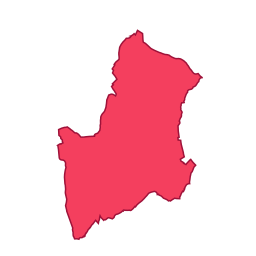 the district of Zau De Campie, Mures, Romania, rotated 251°
{"feature_id": "2599482B76504610301788", "entity_name": "Zau De Campie", "entity_type": "district", "adm_level": 2, "iso_a3": "ROU", "parent_name": "Romania", "parent_adm1": "Mures", "projection": "robinson", "projection_center": [24.155, 46.61], "detail": "fine", "context": "isolated", "style": "filled", "palette": "rose", "viewbox_px": 256, "rotation_deg": 251, "n_neighbors": 0, "source": "geoboundaries", "source_scale": "gbopen_adm2", "svg_char_len": 5729}
<svg xmlns="http://www.w3.org/2000/svg" viewBox="0 0 256 256"><g transform="rotate(251 128 128)"><path d="M151.2,214.9L151.6,214.5L153.7,213.1L156.2,212.2L156.6,212.1L156.7,211.7L156.8,210.4L156.9,209.8L157.0,209.5L157.4,208.9L157.8,208.4L158.1,208.1L158.6,207.8L160.3,207.1L161.4,206.9L162.7,206.4L164.0,205.8L167.1,205.2L168.4,204.7L169.6,204.4L170.3,204.3L171.4,203.7L173.1,202.8L174.3,201.9L175.9,200.5L176.4,199.9L177.2,198.4L177.7,196.7L178.0,195.9L178.5,195.1L179.0,194.5L180.4,193.0L181.2,192.2L182.9,190.9L183.2,190.8L183.5,190.5L184.2,189.5L184.6,188.9L185.5,186.9L187.1,184.8L188.2,183.6L189.3,182.1L192.7,178.4L195.0,176.2L196.0,175.4L199.1,173.8L202.2,172.1L203.6,170.9L203.9,170.6L204.5,170.4L206.8,170.9L210.6,172.0L212.6,172.5L217.2,168.8L213.6,165.3L215.2,164.5L214.9,164.0L214.6,163.2L214.1,161.2L214.1,160.6L213.9,160.9L212.9,159.4L212.8,158.9L212.8,158.1L212.9,157.0L213.4,155.6L213.1,155.2L212.5,154.3L211.6,152.6L211.1,151.5L209.3,148.8L207.7,147.1L207.0,146.4L206.4,146.1L203.1,144.4L202.2,143.9L200.5,143.3L197.6,142.6L196.1,142.0L195.8,141.8L195.6,141.4L194.4,138.2L194.0,137.5L193.2,136.4L192.6,135.6L191.9,136.0L190.0,133.7L189.5,132.9L189.1,132.4L188.8,132.3L187.9,132.7L187.3,133.1L187.1,133.0L185.9,132.0L185.1,131.3L183.9,131.7L182.5,132.2L180.8,132.8L177.7,133.4L174.8,127.6L173.6,128.2L172.7,126.0L169.7,126.5L168.6,126.8L168.3,127.0L167.6,127.2L166.3,127.4L164.5,127.9L164.0,127.9L163.2,127.4L162.4,126.7L164.4,125.1L165.2,123.9L165.3,123.6L165.5,122.9L165.5,122.4L165.4,121.2L165.5,120.7L164.6,119.8L162.5,118.1L161.7,117.3L161.2,117.0L158.3,115.7L154.8,113.9L154.1,113.4L152.9,112.4L151.8,111.6L151.0,110.6L149.7,108.3L148.7,107.1L147.6,106.1L146.9,105.7L146.0,105.4L145.2,105.0L144.2,104.5L140.5,103.3L140.4,103.1L139.7,102.6L137.1,101.8L136.2,101.2L135.2,100.8L134.7,100.3L134.4,99.9L133.8,98.9L133.2,98.1L132.9,97.6L133.0,97.4L132.9,97.1L133.0,96.3L132.9,95.6L132.9,95.1L132.7,94.7L132.6,94.4L132.1,93.9L132.2,94.3L131.1,93.7L132.5,89.0L133.3,85.8L133.8,83.3L134.7,80.5L135.7,80.1L136.5,79.8L137.1,79.5L137.6,79.4L138.1,79.2L140.0,77.8L140.5,76.5L140.9,76.0L142.4,75.2L143.6,74.5L145.4,73.2L146.2,72.8L148.8,70.9L148.8,69.8L149.3,67.9L149.3,67.2L149.4,65.1L149.1,61.9L146.0,61.0L143.5,60.3L142.6,60.9L141.9,61.2L141.6,61.4L141.2,61.4L140.3,61.1L139.9,61.1L139.4,61.3L138.8,61.7L138.0,62.0L136.9,61.6L136.2,61.6L135.1,61.6L135.1,61.2L134.7,59.5L134.9,59.5L134.9,59.1L135.1,58.7L135.0,58.0L134.5,55.9L134.4,56.0L130.4,55.3L122.2,53.3L121.3,53.3L120.9,53.4L120.1,53.9L119.6,54.5L118.7,56.3L118.1,56.9L117.8,57.1L117.2,57.4L115.8,57.6L115.1,57.5L114.7,57.4L113.0,56.7L112.5,56.6L111.0,56.6L110.9,56.5L108.9,55.2L107.3,54.3L104.8,53.0L102.1,51.9L95.6,50.2L94.7,50.2L91.2,49.3L90.2,49.0L87.8,47.9L86.9,47.6L85.6,47.4L80.7,46.9L80.2,46.7L77.9,45.6L74.9,43.7L70.7,43.3L69.6,43.1L69.2,43.0L51.6,43.2L51.0,43.0L50.2,42.5L48.5,42.2L47.5,42.2L45.4,41.5L43.8,41.1L41.9,41.4L40.6,41.4L39.8,43.8L39.6,44.1L38.8,45.4L39.5,46.0L39.8,46.5L39.8,47.6L39.4,48.5L39.3,49.0L39.5,49.5L39.9,50.1L40.1,50.4L40.1,50.7L39.5,50.7L39.5,51.1L39.8,51.2L39.8,51.6L40.2,51.6L40.1,52.3L40.7,52.3L42.1,53.7L41.9,53.8L42.7,54.9L43.6,56.0L45.0,57.4L45.1,57.6L45.2,58.1L46.0,59.1L45.8,59.2L46.3,60.0L47.5,61.4L48.3,62.5L48.8,63.7L51.3,67.3L47.5,68.9L49.6,70.1L49.9,70.4L50.6,71.1L53.1,72.3L54.1,73.0L52.8,73.2L52.0,73.4L48.8,74.9L49.0,75.1L49.0,75.5L48.6,76.4L48.6,76.7L48.6,77.1L49.2,78.7L49.5,79.4L49.5,80.1L49.5,80.4L49.2,81.0L48.7,81.6L47.7,83.0L47.2,83.6L47.7,85.1L48.0,85.7L48.5,86.1L49.3,86.7L49.7,87.3L50.2,88.7L50.0,90.2L50.1,91.3L50.4,93.2L50.7,94.4L51.3,95.8L51.2,96.1L51.1,96.3L51.5,96.3L51.8,96.8L51.8,97.2L51.8,97.5L51.4,97.9L51.1,98.5L51.0,98.9L50.2,101.0L49.9,102.2L49.7,102.8L49.3,103.2L49.2,103.8L49.2,104.2L50.0,106.3L50.8,107.7L51.6,109.0L51.0,109.4L52.4,111.4L53.4,113.7L54.1,115.8L54.3,116.4L54.6,117.3L56.0,120.2L57.1,122.1L57.9,123.7L59.5,126.2L59.7,127.3L59.8,129.2L59.7,130.0L59.5,132.2L59.2,132.8L58.5,133.5L58.1,133.8L57.0,134.2L56.5,134.2L55.5,134.0L55.4,135.3L54.8,135.3L54.6,135.4L53.0,137.2L52.2,137.7L50.1,138.7L48.6,140.4L47.3,141.7L46.7,142.1L45.9,142.5L45.7,143.9L45.5,144.2L45.2,144.4L45.8,146.4L46.4,149.2L46.0,149.9L45.4,151.1L44.3,153.9L46.2,154.6L46.2,154.8L46.9,155.6L48.4,156.8L48.8,157.2L50.5,159.2L49.9,159.7L51.9,161.7L52.2,161.4L54.4,163.7L55.1,164.5L55.5,165.4L55.6,166.5L55.6,167.3L55.3,168.2L56.5,168.4L57.4,168.8L58.9,169.6L61.8,171.0L63.0,171.8L64.8,172.8L65.9,174.5L67.6,176.0L68.6,176.8L69.4,177.5L69.6,177.7L70.2,178.9L70.8,179.9L74.2,178.3L76.5,177.5L77.9,177.1L77.7,176.4L75.9,173.0L75.3,171.9L74.6,170.9L75.5,170.1L76.2,169.3L76.5,169.1L76.7,169.5L78.1,168.6L79.2,167.4L81.4,167.3L82.4,171.8L85.4,172.0L86.7,172.3L95.1,173.0L97.4,173.4L99.2,173.8L100.3,171.5L102.7,172.1L102.6,173.3L108.6,174.5L110.7,175.1L113.8,176.0L115.6,178.5L116.6,178.9L117.5,178.9L117.8,178.7L119.1,179.7L119.9,180.4L120.6,181.1L121.1,181.8L121.7,182.3L122.6,182.7L123.3,182.9L123.9,183.2L125.1,184.2L125.7,184.3L127.5,183.9L128.1,183.9L128.5,183.9L129.6,184.5L130.4,184.5L130.9,184.7L131.2,184.9L132.1,185.6L132.9,185.8L133.2,186.0L134.0,186.7L134.3,186.9L134.0,188.0L134.1,188.4L134.1,188.6L133.7,189.1L133.8,189.4L133.9,189.5L134.0,189.5L134.5,189.4L135.1,189.5L135.4,189.8L135.9,190.4L136.2,190.7L138.1,191.5L138.5,192.0L140.1,193.3L140.7,193.7L141.0,194.1L141.4,194.5L142.0,195.3L142.4,196.0L143.8,196.5L144.0,197.0L144.3,197.6L144.3,198.2L144.2,199.3L144.1,200.3L144.1,200.6L144.4,201.8L144.8,202.3L145.5,202.9L145.6,204.5L145.8,205.1L145.9,205.6L146.1,206.0L146.6,206.5L146.7,206.8L148.0,208.3L148.4,208.9L148.8,209.9L149.0,210.1L149.9,210.6L150.3,210.8L150.6,211.1L151.5,212.3L151.6,212.6L151.7,213.3L151.6,213.9L151.2,214.9Z" fill="#f43f5e" stroke="#9f1239" stroke-width="1.5"/></g></svg>